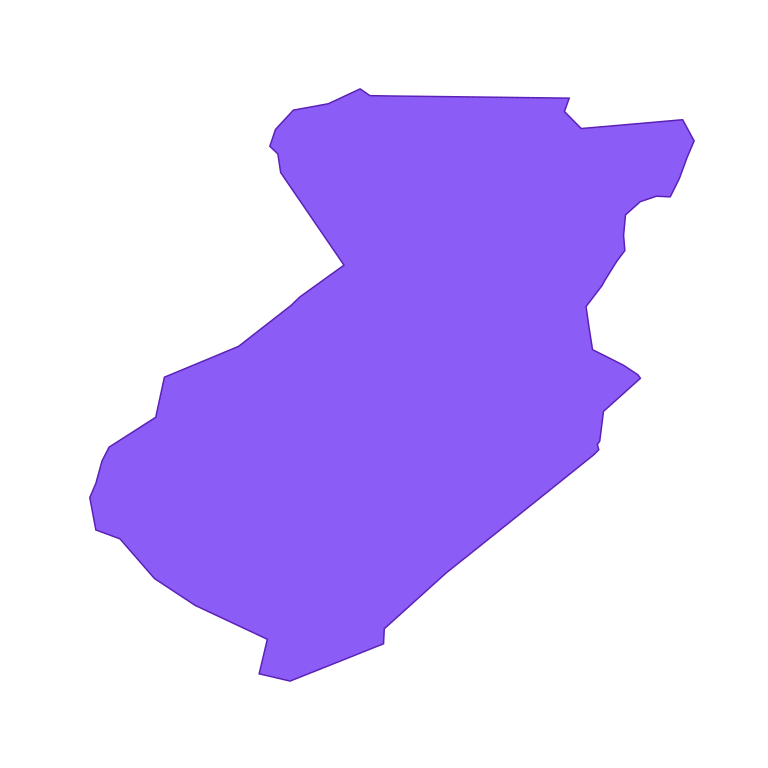 Middlesex, New Jersey, United States of America (Albers equal-area conic projection), rotated 7°
{"feature_id": "52423323B55507665446718", "entity_name": "Middlesex", "entity_type": "district", "adm_level": 2, "iso_a3": "USA", "parent_name": "United States of America", "parent_adm1": "New Jersey", "projection": "albers", "projection_center": [-74.38, 40.43], "detail": "fine", "context": "isolated", "style": "filled", "palette": "violet", "viewbox_px": 768, "rotation_deg": 7, "n_neighbors": 0, "source": "geoboundaries", "source_scale": "gbopen_adm2", "svg_char_len": 917}
<svg xmlns="http://www.w3.org/2000/svg" viewBox="0 0 768 768"><g transform="rotate(7 384 384)"><path d="M295.4,686.9L327.0,690.3L415.2,641.9L414.1,626.9L468.6,564.1L501.5,530.5L549.1,481.8L601.1,428.4L605.2,423.0L603.1,417.9L605.1,414.5L605.2,384.4L637.8,347.1L635.0,344.0L619.7,336.3L591.9,326.3L586.8,324.5L580.8,303.5L575.1,282.5L588.4,259.8L591.0,253.3L600.0,234.0L606.8,222.2L603.7,207.3L603.1,186.7L616.1,171.8L631.5,164.4L645.2,163.4L645.3,163.3L652.2,143.8L657.3,122.0L662.2,104.9L648.2,85.3L548.6,106.4L529.9,91.6L533.0,77.7L486.8,82.8L460.4,85.7L358.4,97.0L334.9,99.5L324.3,94.0L294.6,112.6L260.7,123.2L245.3,144.5L241.7,162.0L250.6,168.6L255.7,186.8L329.8,270.9L289.9,307.8L282.3,317.2L235.0,364.4L165.2,404.0L161.5,444.8L118.9,480.1L113.5,494.7L110.1,517.8L105.8,532.6L115.8,564.0L140.8,569.9L179.9,605.1L223.6,626.8L299.3,651.6L295.4,686.9Z" fill="#8b5cf6" stroke="#5b21b6" stroke-width="1.5"/></g></svg>